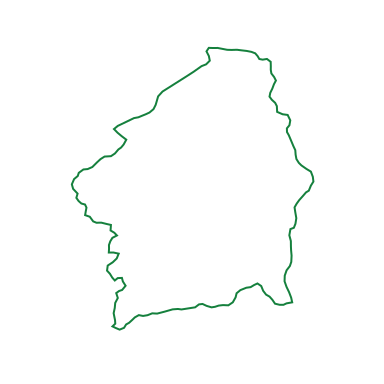 Ipecaetá, Bahia, Brazil (orthographic projection), rotated 11°
{"feature_id": "56859067B33120756794131", "entity_name": "Ipecaetá", "entity_type": "district", "adm_level": 2, "iso_a3": "BRA", "parent_name": "Brazil", "parent_adm1": "Bahia", "projection": "orthographic", "projection_center": [-39.329, -12.308], "detail": "fine", "context": "isolated", "style": "outline", "palette": "green", "viewbox_px": 384, "rotation_deg": 11, "n_neighbors": 0, "source": "geoboundaries", "source_scale": "gbopen_adm2", "svg_char_len": 2506}
<svg xmlns="http://www.w3.org/2000/svg" viewBox="0 0 384 384"><g transform="rotate(11 192 192)"><path d="M306.4,168.4L307.5,163.0L309.2,158.6L307.7,154.0L304.8,149.3L299.9,147.5L294.3,145.0L291.3,143.0L288.2,139.7L286.6,135.6L285.4,131.2L282.9,127.8L279.9,123.3L276.2,117.8L273.8,115.0L273.0,111.4L274.9,107.9L274.8,102.9L271.2,98.1L266.1,98.4L260.3,97.1L258.9,91.5L256.6,88.6L252.7,86.2L249.9,83.6L249.9,79.7L251.1,75.3L251.9,70.5L253.1,66.6L250.7,63.5L247.3,60.5L246.0,57.0L245.4,53.7L244.4,49.2L240.2,47.1L236.1,48.6L232.7,48.6L230.5,46.1L227.6,43.8L223.6,43.1L218.7,43.1L213.5,43.5L209.0,43.8L203.7,45.0L199.4,45.7L195.3,45.7L189.7,45.7L185.5,46.6L181.0,47.3L179.4,51.2L182.6,55.3L184.4,59.7L181.5,64.0L177.4,66.6L170.5,73.8L163.1,80.9L143.9,99.0L140.5,104.6L140.1,109.2L139.7,113.4L138.4,118.0L135.1,122.1L131.8,124.5L128.4,126.7L125.1,128.9L121.0,130.5L106.5,141.3L103.4,145.1L107.6,148.0L112.3,150.6L117.5,153.2L115.8,158.5L113.9,161.9L111.6,164.3L109.0,168.9L105.6,172.3L99.4,173.9L95.9,177.2L93.2,180.9L89.4,186.5L85.2,189.4L81.1,190.6L77.2,194.8L76.8,198.1L73.8,201.8L72.6,207.4L74.7,211.6L80.0,215.4L79.6,219.8L82.4,222.5L85.6,224.4L89.4,224.7L91.4,227.5L91.4,231.3L91.5,235.1L96.4,235.8L100.6,239.7L104.0,240.4L108.9,239.4L114.9,239.7L118.7,239.8L119.4,245.3L123.5,246.8L126.6,249.0L122.6,252.2L121.2,256.0L120.6,259.9L121.4,263.6L121.9,267.3L126.4,266.4L131.8,266.5L130.8,271.6L127.7,276.0L123.3,280.3L123.6,285.4L127.1,288.0L130.0,291.2L133.1,293.6L135.5,290.7L139.6,289.7L141.2,293.0L144.7,296.7L142.1,301.5L139.3,303.1L136.9,305.7L139.4,310.2L137.8,315.5L138.3,320.6L138.2,325.9L139.5,329.1L140.9,332.5L141.8,335.9L139.6,339.1L142.9,340.0L147.2,340.9L151.2,338.3L152.6,334.6L155.2,332.4L157.8,328.9L159.8,326.0L163.3,323.0L167.6,323.0L171.9,321.4L176.1,318.7L181.0,318.0L187.7,314.8L195.4,310.9L200.5,309.5L204.1,309.3L217.1,304.6L220.3,301.0L223.7,299.9L228.1,301.0L233.2,301.5L236.5,300.3L239.9,298.4L244.0,297.1L249.3,296.3L253.1,292.5L254.9,287.1L255.1,282.9L258.2,279.1L263.6,275.6L267.7,274.2L270.8,271.4L273.7,269.3L277.9,271.1L280.7,275.4L284.3,278.6L288.1,279.9L291.5,282.5L294.8,285.8L299.7,286.0L303.3,285.3L306.0,283.3L311.4,281.2L309.5,276.8L306.4,271.8L302.9,267.1L299.9,262.0L299.0,256.4L299.8,250.8L302.2,246.0L302.8,241.7L301.9,235.5L300.4,230.3L299.5,226.6L298.4,221.3L295.8,215.9L295.7,209.6L298.8,207.7L299.6,203.5L299.4,197.8L297.2,192.0L295.6,187.5L297.0,183.4L298.8,179.5L301.6,174.8L304.0,170.6L306.4,168.4Z" fill="none" stroke="#15803d" stroke-width="2"/></g></svg>